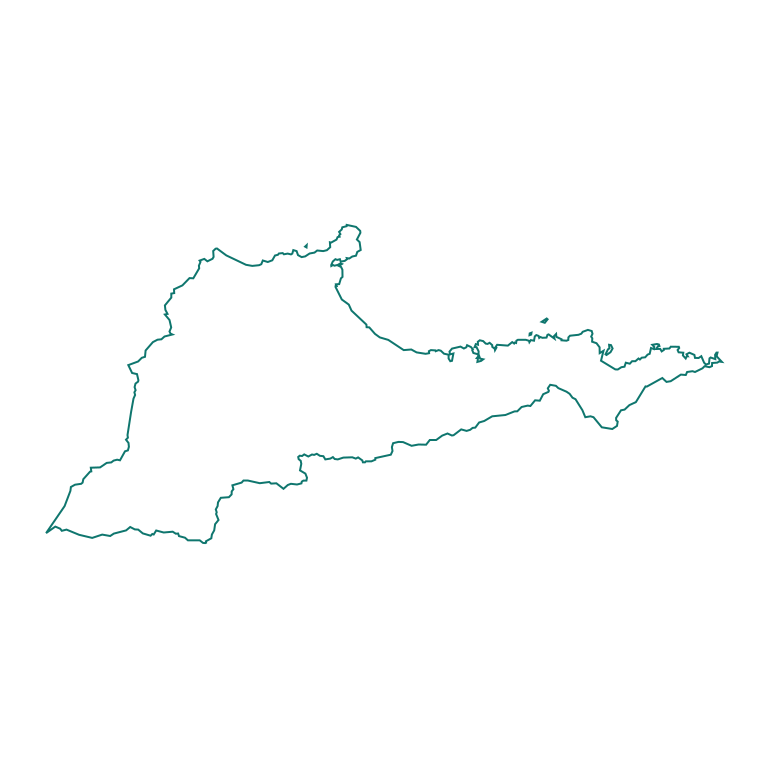 Buol, Sulawesi Tengah, Indonesia
{"feature_id": "22746128B60636029206407", "entity_name": "Buol", "entity_type": "district", "adm_level": 2, "iso_a3": "IDN", "parent_name": "Indonesia", "parent_adm1": "Sulawesi Tengah", "projection": "orthographic", "projection_center": [121.506, 0.994], "detail": "fine", "context": "isolated", "style": "outline", "palette": "teal", "viewbox_px": 768, "rotation_deg": 0, "n_neighbors": 0, "source": "geoboundaries", "source_scale": "gbopen_adm2", "svg_char_len": 6114}
<svg xmlns="http://www.w3.org/2000/svg" viewBox="0 0 768 768"><path d="M721.9,361.9L717.3,357.0L716.7,355.5L717.5,352.6L716.5,352.6L715.1,354.8L715.3,359.1L710.6,357.5L709.5,358.4L709.0,363.6L705.9,364.5L704.1,362.7L701.3,356.2L698.6,358.0L695.0,357.9L694.4,354.9L689.4,352.7L686.5,354.3L687.7,356.2L686.9,356.1L685.7,358.5L682.9,355.4L683.3,352.7L678.6,352.3L677.6,350.0L679.2,348.0L678.8,346.8L670.8,346.7L669.4,348.5L663.8,348.8L663.9,349.9L661.7,351.4L660.2,348.9L656.1,349.0L658.0,346.3L659.4,346.0L658.9,344.5L657.0,344.0L652.3,344.8L654.3,347.0L653.9,349.1L651.0,348.0L649.7,353.8L647.6,354.6L645.2,357.3L641.7,357.7L639.9,359.5L638.5,358.5L635.4,361.2L632.1,361.2L629.8,363.7L625.8,362.7L624.5,366.7L621.4,367.2L617.8,369.5L615.3,369.4L601.0,360.7L603.5,350.8L599.7,353.1L599.6,347.3L596.5,343.2L592.1,341.7L592.3,338.3L591.2,336.6L592.5,333.8L591.7,331.0L587.9,329.9L582.7,331.8L581.3,333.7L578.5,334.8L570.0,335.7L568.4,337.4L568.3,340.0L566.5,340.7L561.5,340.3L561.6,339.3L556.3,336.8L556.1,334.0L553.7,336.5L554.4,338.6L548.6,334.4L547.5,334.8L546.5,337.6L542.4,337.8L540.4,337.0L539.2,337.9L538.6,335.9L536.3,335.1L534.8,336.4L534.0,340.7L530.8,340.1L529.4,342.2L529.0,340.8L525.8,339.8L517.9,339.8L516.4,340.7L516.1,343.0L514.6,342.6L514.1,343.5L512.2,342.1L507.9,345.6L497.1,344.8L495.6,347.0L496.4,347.7L495.0,350.2L494.7,348.7L492.3,346.9L492.2,345.1L489.6,342.8L487.6,343.9L485.7,343.6L483.2,341.1L479.8,340.3L477.8,341.8L478.0,344.7L475.8,344.1L474.6,347.1L476.5,347.1L478.6,351.3L478.5,354.1L480.1,358.6L483.2,359.3L481.1,360.9L477.4,361.9L478.0,358.3L476.8,358.1L478.7,355.8L477.4,354.1L473.4,353.0L472.2,350.1L472.9,349.3L470.9,347.0L467.1,345.2L466.3,347.3L463.9,348.5L460.5,346.6L452.0,348.6L449.5,351.6L450.1,354.4L453.4,353.5L452.0,360.8L450.3,361.2L448.6,358.5L448.6,354.7L444.0,353.7L440.8,350.7L438.6,350.1L435.7,351.2L435.4,350.4L430.9,350.1L428.9,351.2L429.1,353.2L425.6,353.8L416.6,352.4L411.3,349.5L403.7,350.1L388.3,339.9L379.8,337.4L375.0,333.9L369.3,327.4L366.6,327.2L366.4,324.6L351.5,310.6L348.8,304.6L341.8,299.5L335.5,286.9L335.7,285.6L336.6,285.8L336.0,284.3L339.2,284.1L340.9,278.4L342.5,276.9L342.4,269.7L341.1,267.0L339.0,266.0L341.9,264.0L340.4,263.4L337.8,264.9L334.4,265.7L333.0,265.0L331.3,266.0L331.2,265.1L332.8,261.5L335.4,259.2L337.2,259.9L339.9,259.2L340.7,261.6L344.7,260.9L347.2,259.1L346.8,258.1L349.3,258.5L352.3,256.5L356.0,255.7L357.3,251.9L360.7,250.0L359.6,242.1L356.9,239.5L360.4,232.8L360.2,230.9L356.0,226.9L346.7,224.9L346.6,226.2L342.3,227.3L341.7,229.5L339.1,231.9L340.4,234.1L339.1,235.4L339.6,236.7L337.6,237.1L336.5,239.6L331.1,242.6L329.9,242.3L330.2,247.2L326.9,250.2L323.2,251.1L317.2,250.5L314.5,252.6L309.6,253.5L305.2,256.4L301.6,257.1L298.0,255.1L296.6,251.1L293.3,250.1L292.3,253.6L291.0,254.4L287.7,253.6L283.9,254.3L282.7,253.1L278.9,253.5L277.9,254.8L275.0,255.5L272.3,260.3L267.8,262.0L262.8,260.5L261.3,264.2L259.1,265.2L252.3,265.9L246.0,264.8L226.3,255.4L217.0,248.5L215.6,248.7L213.2,251.0L213.6,256.9L212.5,258.8L207.4,261.3L204.3,258.9L199.6,260.6L200.5,261.9L198.9,265.7L199.2,268.3L193.3,278.3L189.5,278.1L182.4,285.4L174.0,289.3L174.2,293.1L171.3,293.6L171.3,297.6L164.9,305.4L165.4,309.9L167.5,313.9L164.9,314.5L169.5,320.0L171.2,327.4L169.5,331.5L170.5,333.6L172.4,334.5L164.5,336.5L161.4,339.3L157.5,339.7L152.9,342.1L145.6,350.5L145.0,356.8L141.8,357.8L138.1,361.5L128.3,365.1L132.1,373.0L137.0,374.1L138.4,380.2L138.1,381.6L135.5,383.6L134.6,387.1L135.6,390.2L134.4,392.3L135.1,395.0L133.5,398.6L131.1,411.9L127.5,435.1L127.9,437.7L126.0,439.7L128.5,442.9L128.9,446.8L127.9,450.4L125.0,451.3L120.0,460.3L117.1,459.7L113.6,460.6L111.3,462.4L106.7,462.9L100.1,467.4L90.8,467.7L91.3,471.4L90.0,471.7L83.3,479.2L82.6,482.6L81.2,483.8L75.0,484.7L70.9,487.0L70.4,490.9L64.6,506.1L46.1,533.1L55.3,526.6L60.2,528.7L61.8,530.8L66.5,529.6L79.1,534.8L92.2,537.9L102.2,534.6L110.2,536.0L113.8,533.6L126.1,530.4L130.2,527.0L134.8,529.4L138.2,529.6L142.8,533.4L150.6,535.7L152.3,534.0L153.7,534.5L156.2,530.5L163.7,532.5L172.7,531.7L175.8,533.7L178.1,533.5L179.0,536.1L185.0,537.7L187.9,540.3L199.7,540.3L203.0,542.9L205.2,543.1L206.1,542.7L205.9,541.3L211.3,538.3L211.9,534.5L214.2,530.4L215.1,524.2L218.5,520.0L216.1,514.0L216.7,512.3L215.8,509.4L217.6,506.1L218.0,502.4L220.8,497.8L228.9,497.2L231.6,494.4L231.7,491.4L233.4,489.2L232.4,485.3L241.6,482.6L243.5,480.5L247.7,480.5L259.8,483.2L269.3,482.0L271.1,483.6L276.4,483.3L283.5,488.8L287.8,485.0L290.9,483.8L297.0,484.5L301.4,483.4L301.8,481.6L303.4,480.6L306.4,480.6L307.0,477.7L305.4,473.6L300.0,470.4L301.3,463.8L300.7,460.8L298.7,459.2L298.2,457.0L299.7,455.7L302.1,456.0L304.2,454.4L308.3,456.5L312.0,454.5L314.1,454.9L316.8,453.8L319.9,455.8L323.4,456.2L325.3,459.4L330.3,458.6L332.9,457.1L334.7,459.0L337.8,459.4L343.3,457.6L352.3,457.3L355.8,458.6L358.1,457.4L362.3,460.4L362.9,462.3L365.0,462.3L365.9,461.3L371.5,461.3L375.3,459.7L375.3,458.1L390.8,454.7L392.5,451.0L391.9,447.1L393.1,443.2L398.5,441.9L403.1,442.1L411.6,445.8L418.6,444.5L426.1,444.7L429.8,440.0L436.2,440.0L442.2,435.6L447.5,433.5L451.9,435.5L453.6,435.2L461.2,429.4L466.6,430.9L470.2,429.8L472.6,427.9L475.3,427.6L479.1,422.5L484.2,421.0L492.2,416.3L505.4,415.0L514.5,411.4L517.3,411.3L521.6,407.0L527.7,405.6L530.4,406.0L535.1,400.3L539.8,400.7L543.2,394.2L548.4,391.9L548.9,390.8L547.8,388.3L550.2,384.8L555.9,385.8L558.3,388.1L566.5,391.7L569.6,393.8L572.5,397.7L575.5,399.2L582.4,410.2L585.3,417.2L590.5,416.3L593.5,417.2L601.8,427.3L612.3,429.0L617.0,425.9L617.7,421.6L616.2,420.3L616.1,417.9L621.0,410.3L624.6,409.6L629.4,405.1L635.9,402.1L645.5,386.4L646.8,386.6L662.3,378.0L666.5,381.9L670.7,381.2L680.9,374.6L685.8,375.0L687.1,372.0L692.5,371.2L695.0,372.0L702.5,368.3L704.6,366.2L709.5,367.2L712.0,366.1L712.1,363.0L717.4,362.6L718.9,361.5L721.9,361.9ZM606.5,355.0L610.5,352.2L612.6,348.5L611.0,345.1L609.1,344.8L609.4,348.4L608.0,349.3L605.5,354.3L606.5,355.0ZM544.8,322.8L547.6,319.3L546.7,318.5L541.7,321.8L544.8,322.8ZM531.2,334.6L531.5,332.7L529.7,333.4L529.5,335.2L531.2,334.6ZM306.5,247.4L306.7,245.1L305.1,246.6L306.5,247.4Z" fill="none" stroke="#0f766e" stroke-width="2"/></svg>